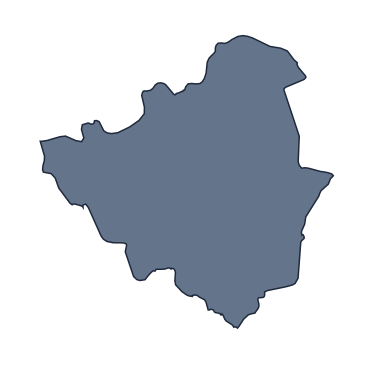 the Province of Kainuu, rotated 258°
{"feature_id": "FIN-3179", "entity_name": "Kainuu", "entity_type": "Province", "adm_level": 1, "iso_a3": "FIN", "parent_name": "Finland", "parent_adm1": "", "projection": "albers", "projection_center": [28.501, 64.601], "detail": "fine", "context": "isolated", "style": "filled", "palette": "slate", "viewbox_px": 384, "rotation_deg": 258, "n_neighbors": 0, "source": "natural_earth", "source_scale": "10m", "svg_char_len": 3121}
<svg xmlns="http://www.w3.org/2000/svg" viewBox="0 0 384 384"><g transform="rotate(258 192 192)"><path d="M273.2,54.1L272.9,55.0L272.5,60.7L273.5,74.3L273.0,79.9L266.4,89.1L264.2,94.4L267.3,97.4L276.3,96.9L280.6,98.7L281.1,104.6L280.5,105.8L279.8,106.8L279.2,107.9L279.2,109.4L280.0,110.8L281.2,111.0L282.0,111.5L281.7,113.6L280.1,115.8L270.3,118.4L267.7,120.9L265.9,125.2L265.4,131.8L268.6,144.6L273.0,155.0L278.5,161.6L284.9,163.1L296.9,162.9L299.5,164.2L300.7,165.3L300.8,166.3L300.5,167.4L300.2,168.9L300.2,170.9L300.0,171.8L300.2,172.6L301.0,174.3L301.7,175.5L304.4,178.4L305.6,181.3L305.2,184.4L303.9,187.0L302.4,188.6L291.3,194.5L290.9,195.1L290.6,196.0L290.9,196.5L291.3,196.7L291.6,197.0L291.7,199.6L292.0,201.0L292.5,202.5L292.4,202.9L292.3,203.3L292.4,203.8L292.5,204.2L293.3,204.5L293.4,204.9L293.2,205.9L296.3,207.8L298.6,210.7L298.2,214.3L296.9,218.3L296.4,222.3L297.8,225.1L300.5,227.7L305.3,230.5L315.8,233.9L319.2,236.4L321.2,239.1L322.8,241.9L324.5,243.9L328.3,244.9L330.5,246.2L332.1,248.5L331.7,251.7L330.6,254.7L330.7,257.3L331.5,259.7L332.8,262.6L334.6,269.1L334.4,274.2L332.7,278.8L329.9,283.5L318.2,298.5L314.2,308.7L310.1,314.6L300.0,319.3L296.5,321.9L296.4,321.9L295.4,321.2L291.8,321.9L282.0,327.1L280.9,327.3L280.3,327.1L279.2,325.7L278.7,324.6L275.0,305.4L274.0,303.7L272.9,303.1L224.3,308.5L199.7,302.2L196.1,302.4L192.6,304.1L192.5,304.7L192.3,306.9L191.9,308.6L190.9,311.2L185.3,322.1L184.3,325.0L183.1,328.0L181.7,330.7L180.4,332.6L178.6,333.6L177.5,332.3L176.3,330.3L171.3,326.9L166.6,318.7L164.1,316.6L161.6,315.2L144.0,298.1L137.1,295.5L131.0,291.1L129.1,290.5L127.2,290.6L127.3,290.7L127.5,291.1L126.9,291.9L125.0,292.3L123.9,292.2L123.3,292.0L121.6,289.2L120.1,287.9L85.6,277.8L81.1,273.8L80.2,271.0L79.8,264.6L79.9,245.3L79.1,242.2L76.6,241.8L75.2,241.2L74.6,240.8L74.1,239.5L74.6,235.4L73.8,234.2L72.8,234.0L68.2,234.1L65.9,233.5L64.2,232.3L61.3,229.1L60.5,228.4L60.5,225.0L60.2,221.7L56.9,216.1L50.7,209.9L49.4,208.2L50.7,206.9L51.2,206.2L51.4,205.0L51.1,205.1L51.0,204.8L53.1,204.0L54.1,203.3L58.7,198.6L60.5,197.7L65.6,196.6L66.5,195.9L66.3,195.8L65.8,195.5L65.6,194.8L66.5,194.3L67.3,194.0L68.3,192.1L69.1,189.9L70.1,188.9L71.6,188.6L72.2,188.2L73.2,186.8L73.3,185.8L73.0,184.6L73.2,183.3L81.3,182.8L83.9,181.9L88.0,177.0L89.2,176.1L90.4,174.6L90.5,173.5L90.8,171.6L90.7,170.8L89.9,170.8L89.7,170.7L90.8,167.8L92.2,165.6L96.5,161.5L104.6,156.7L108.8,156.8L116.4,159.0L118.8,159.0L120.5,158.3L121.8,156.0L121.0,155.5L122.4,154.1L122.7,152.5L122.4,150.8L122.3,149.2L122.8,145.9L123.3,143.6L123.6,142.3L123.8,140.9L122.7,139.8L122.5,139.6L122.3,139.3L123.0,137.8L122.2,135.9L119.2,131.6L116.0,127.9L116.2,122.8L117.8,119.8L121.5,117.3L147.4,114.3L153.5,117.0L155.1,116.7L156.4,114.5L157.2,111.3L158.0,107.6L158.9,104.0L161.3,98.5L164.3,95.5L167.6,94.0L198.3,87.4L202.2,85.6L202.0,83.0L201.7,82.6L199.6,82.2L200.2,82.0L201.1,81.3L202.5,79.0L204.5,75.0L205.0,73.7L204.8,73.3L204.6,72.4L204.4,72.1L206.5,70.3L223.5,62.5L234.1,61.1L239.2,58.1L242.3,50.8L244.6,50.4L249.0,51.8L253.5,54.1L257.8,55.2L273.1,54.1L273.2,54.1Z" fill="#64748b" stroke="#1e293b" stroke-width="1.5"/></g></svg>